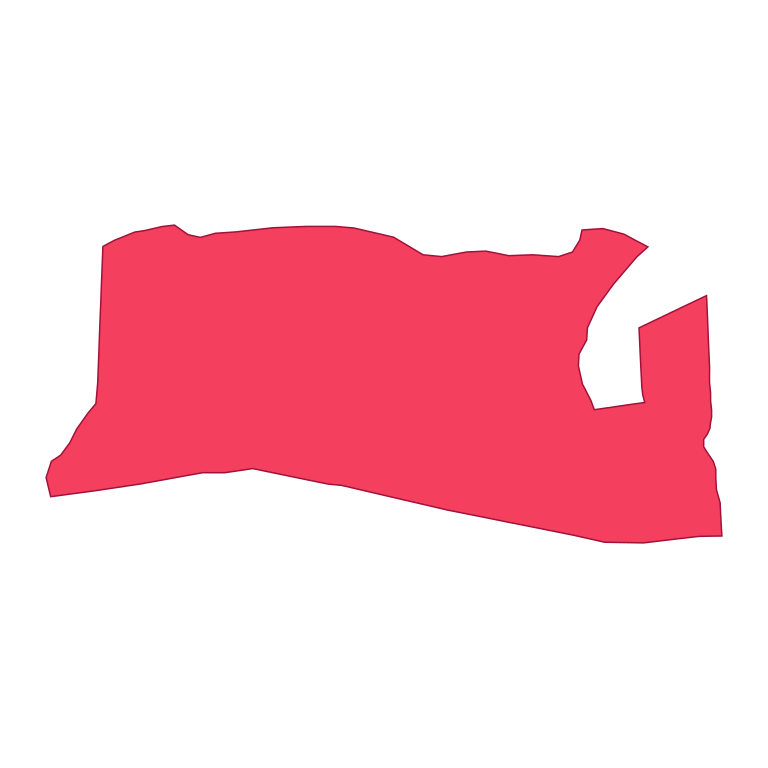 Nduga, Papua, Indonesia (orthographic projection)
{"feature_id": "22746128B7624163664321", "entity_name": "Nduga", "entity_type": "district", "adm_level": 2, "iso_a3": "IDN", "parent_name": "Indonesia", "parent_adm1": "Papua", "projection": "orthographic", "projection_center": [138.356, -4.436], "detail": "fine", "context": "isolated", "style": "filled", "palette": "rose", "viewbox_px": 768, "rotation_deg": 0, "n_neighbors": 0, "source": "geoboundaries", "source_scale": "gbopen_adm2", "svg_char_len": 2166}
<svg xmlns="http://www.w3.org/2000/svg" viewBox="0 0 768 768"><path d="M721.9,536.0L721.1,523.0L720.2,504.6L720.1,502.7L716.4,489.4L715.8,477.7L715.8,469.2L713.3,461.5L713.2,461.2L712.1,459.7L707.4,452.7L704.5,448.1L703.7,446.8L703.7,442.3L703.7,439.4L707.4,434.1L707.9,432.9L708.1,432.5L710.0,428.2L710.3,424.2L711.6,417.0L711.6,410.1L710.6,401.1L710.6,393.1L709.5,382.4L709.5,381.0L709.5,376.2L709.6,367.5L708.7,347.9L708.6,345.8L708.4,340.9L707.9,327.5L707.5,317.5L706.8,300.9L706.5,295.6L688.0,304.4L653.3,321.0L639.6,327.6L639.0,327.9L639.6,341.1L640.3,356.4L640.7,364.5L641.2,374.7L641.4,378.2L641.8,387.1L642.8,395.1L644.7,402.5L637.2,403.5L629.5,404.6L607.5,407.8L599.9,408.9L594.3,409.7L590.8,400.2L588.2,395.2L583.8,386.6L582.5,384.3L578.4,365.9L579.0,354.1L584.2,344.5L586.7,339.9L587.4,327.9L597.1,306.6L610.1,288.8L613.6,284.0L636.6,257.1L647.9,246.9L632.2,238.6L624.1,234.2L612.9,231.2L603.0,228.6L591.6,229.3L582.0,230.0L579.8,240.0L578.7,241.9L574.2,249.2L572.5,252.0L564.7,254.6L558.6,256.6L532.8,254.8L523.5,255.1L516.3,255.4L508.9,255.7L506.8,255.3L497.0,253.3L485.8,251.1L479.1,251.4L466.5,252.0L462.6,252.7L441.6,256.6L432.6,255.7L423.1,254.8L393.6,237.2L378.2,233.6L354.0,228.0L335.1,226.4L317.1,226.4L306.5,226.4L279.5,227.5L272.5,227.8L258.4,229.4L235.7,231.9L215.3,233.3L200.3,237.4L191.7,235.5L188.1,234.7L174.5,225.1L162.2,226.5L154.0,228.4L144.5,230.6L139.9,231.3L135.0,232.0L129.4,234.2L122.9,236.9L114.6,240.2L109.9,242.7L104.3,245.7L102.9,246.5L101.9,272.1L101.8,275.3L101.4,284.9L100.9,299.1L100.9,299.8L100.4,311.4L99.4,336.6L99.2,342.7L98.9,351.5L97.7,382.8L95.9,403.6L88.2,412.8L82.3,421.1L76.7,429.0L69.8,442.8L60.6,455.2L51.4,461.3L46.1,477.5L47.6,483.8L48.3,486.8L50.7,496.7L69.3,494.2L88.8,491.6L97.4,490.4L130.2,485.5L140.8,483.9L161.9,480.1L188.1,475.3L196.1,473.9L202.7,472.7L224.9,472.7L252.7,468.6L277.5,473.7L306.6,479.7L320.3,482.5L328.3,484.1L341.6,485.4L357.1,489.0L365.6,491.0L404.7,500.1L447.7,510.1L455.8,511.7L484.5,517.4L495.9,519.7L508.2,522.2L572.9,535.1L573.4,535.2L604.5,542.2L608.4,542.3L643.5,542.9L677.8,538.8L699.0,536.4L707.7,536.2L721.9,536.0Z" fill="#f43f5e" stroke="#9f1239" stroke-width="1.5"/></svg>